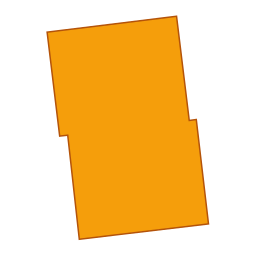 Kidder, North Dakota, United States of America, rotated 353°
{"feature_id": "52423323B48688869895164", "entity_name": "Kidder", "entity_type": "district", "adm_level": 2, "iso_a3": "USA", "parent_name": "United States of America", "parent_adm1": "North Dakota", "projection": "mercator", "projection_center": [-99.858, 46.979], "detail": "fine", "context": "isolated", "style": "filled", "palette": "amber", "viewbox_px": 256, "rotation_deg": 353, "n_neighbors": 0, "source": "geoboundaries", "source_scale": "gbopen_adm2", "svg_char_len": 304}
<svg xmlns="http://www.w3.org/2000/svg" viewBox="0 0 256 256"><g transform="rotate(353 128 128)"><path d="M75.9,23.0L59.4,23.0L59.2,127.7L67.3,127.8L67.0,154.1L66.1,232.5L100.2,232.6L196.2,233.0L196.8,127.9L189.7,128.0L189.8,23.0L75.9,23.0Z" fill="#f59e0b" stroke="#b45309" stroke-width="1.5"/></g></svg>